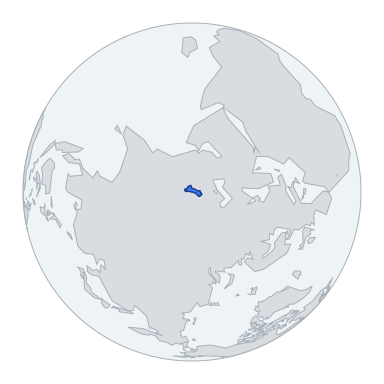 Chardzhou highlighted on a globe, orthographic projection, rotated 160°
{"feature_id": "TKM-359", "entity_name": "Chardzhou", "entity_type": "Province", "adm_level": 1, "iso_a3": "TKM", "parent_name": "Turkmenistan", "parent_adm1": "", "projection": "orthographic", "projection_center": [63.989, 39.075], "detail": "fine", "context": "on_globe", "style": "filled", "palette": "blue", "viewbox_px": 384, "rotation_deg": 160, "n_neighbors": 0, "source": "natural_earth", "source_scale": "10m", "svg_char_len": 12310}
<svg xmlns="http://www.w3.org/2000/svg" viewBox="0 0 384 384"><g transform="rotate(160 192 192)"><circle cx="192" cy="192" r="169" fill="#eef3f6" stroke="#a8b0b8"/><path d="M210.6,24.1L213.1,24.4L219.7,27.1L234.5,33.0L242.6,35.0L238.1,34.8L255.7,39.3L266.0,44.5L252.3,38.7L249.3,38.2L255.1,41.5L253.3,41.8L255.1,43.7L252.4,43.9L244.6,40.9L242.7,41.1L247.0,43.5L246.9,45.5L240.9,41.9L240.3,45.2L227.1,41.9L213.3,33.7L203.9,33.6L183.9,30.3L183.6,31.4L175.8,31.5L172.6,33.0L169.8,32.3L169.6,34.2L172.8,34.5L173.7,35.5L172.1,36.5L168.3,35.7L168.5,35.1L166.6,35.5L165.4,34.7L165.0,35.7L160.6,34.9L162.5,37.3L156.9,38.0L154.7,37.1L158.1,35.1L161.5,29.3L160.3,28.5L155.1,28.9L138.4,33.7L135.7,34.0L129.6,35.9L129.6,36.4L134.3,35.3L132.8,37.2L138.7,36.0L139.0,36.8L143.8,36.8L139.5,39.2L132.8,41.7L128.6,42.0L125.5,43.2L126.6,45.2L116.0,48.3L104.3,55.3L101.9,56.1L102.4,53.1L109.7,47.0L110.4,44.7L106.3,48.8L100.5,51.5L98.0,53.2L96.3,54.8L97.1,54.9L94.3,56.6L97.3,52.7L99.8,51.1L98.9,52.2L102.2,49.6L104.2,47.7L101.1,49.6L102.5,48.7L113.3,42.5L124.7,37.0L136.4,32.5L148.4,28.8L160.6,26.0L173.0,24.1L185.5,23.2L198.1,23.1L210.6,24.1ZM213.9,24.5L214.8,24.6L211.7,24.2L213.9,24.5ZM221.5,26.1L218.9,25.6L219.1,25.4L220.6,25.7L221.5,26.1ZM248.8,36.7L245.4,35.2L249.3,36.6L248.8,36.7ZM255.8,43.9L257.4,44.3L257.6,45.2L255.8,43.9ZM145.8,35.6L144.8,36.2L144.4,35.8L145.8,35.6ZM148.8,35.1L149.1,34.3L150.6,33.9L150.4,34.4L148.8,35.1ZM253.7,46.4L253.7,47.8L252.4,45.8L253.7,46.4ZM148.1,36.2L153.2,33.5L155.7,33.0L157.2,34.6L148.1,36.2ZM252.8,48.3L252.8,52.3L256.2,53.4L246.5,52.8L249.7,49.4L247.6,46.6L250.6,48.3L252.8,48.3ZM174.5,34.2L171.0,33.9L175.4,33.2L174.5,34.2ZM177.0,33.6L189.1,31.0L193.3,32.3L188.4,32.7L195.2,33.9L191.3,35.8L186.7,35.6L184.8,34.3L184.8,36.0L177.0,33.6ZM241.1,52.1L240.0,52.7L239.7,51.5L241.1,52.1ZM174.4,35.9L176.5,35.1L180.3,36.1L176.9,37.8L176.8,36.9L174.4,35.9ZM198.8,33.5L201.1,34.7L198.5,36.5L199.1,37.2L191.6,36.0L198.8,33.5ZM175.1,37.2L175.1,38.7L171.8,39.3L172.7,36.7L175.1,37.2ZM182.8,35.7L184.4,36.3L182.4,36.5L182.8,35.7ZM160.1,42.5L162.5,41.3L164.7,41.7L160.1,42.5ZM175.3,39.3L176.4,39.1L177.6,39.2L176.9,40.3L175.3,39.3ZM190.3,37.4L188.8,38.0L193.3,38.0L191.6,39.6L186.9,38.5L188.2,39.6L187.7,40.1L184.4,38.8L190.3,37.4ZM179.6,41.8L173.1,41.3L168.2,43.3L166.1,43.0L174.3,39.9L179.6,41.8ZM182.7,40.1L180.3,41.0L178.9,40.0L179.7,38.7L182.7,40.1ZM192.1,41.1L195.9,39.0L196.8,39.3L192.1,41.1ZM178.5,42.5L180.1,42.6L178.3,42.8L178.5,42.5ZM188.2,41.7L189.5,40.8L190.4,41.2L188.2,41.7ZM182.3,43.7L180.1,43.5L180.6,42.5L182.3,43.7ZM185.2,42.9L186.3,43.7L182.0,42.3L185.6,42.5L185.2,42.9ZM189.0,42.2L189.9,42.1L188.3,42.5L189.0,42.2ZM181.7,47.5L176.3,46.1L177.3,43.9L182.5,45.6L181.7,47.5ZM29.4,202.5L30.3,173.7L33.8,168.6L37.2,158.6L63.2,145.0L65.7,151.6L82.7,161.6L84.3,164.6L78.9,171.5L89.0,191.0L96.2,186.9L108.7,199.5L119.1,203.4L128.7,189.3L111.7,182.5L112.0,173.6L128.3,172.4L143.7,178.7L144.4,175.5L137.4,165.5L143.8,161.2L135.3,161.6L136.7,165.6L131.4,166.2L129.9,162.5L132.2,161.0L128.3,157.9L118.3,166.4L118.6,171.5L106.8,168.2L106.1,176.5L101.9,178.3L101.5,165.1L103.7,161.5L100.6,145.0L97.2,148.5L99.9,164.4L97.8,162.1L93.2,167.6L95.0,161.5L92.9,143.8L84.2,140.3L68.1,148.2L64.0,145.4L62.8,138.4L73.6,124.8L81.6,132.8L85.5,128.7L88.2,119.2L90.3,122.6L92.4,119.9L95.8,122.7L104.8,119.8L108.9,122.0L116.4,114.7L119.6,115.0L114.2,119.1L112.7,123.5L123.3,129.6L126.6,129.0L130.6,123.8L133.1,126.5L135.6,120.7L143.7,122.0L136.0,115.9L140.6,110.4L147.6,108.0L147.8,105.3L136.2,109.2L132.9,111.8L132.2,115.7L121.9,122.8L117.3,122.1L122.9,111.1L117.1,109.2L123.9,102.0L150.9,95.0L160.1,95.7L166.8,108.5L162.3,111.2L157.7,107.9L158.2,116.1L160.0,112.9L162.0,115.3L166.9,111.2L168.5,112.7L170.3,106.3L172.9,107.8L171.7,111.8L181.1,107.5L187.6,109.5L188.9,107.8L188.5,105.5L197.0,109.9L197.6,108.5L195.0,106.5L194.6,102.5L197.1,97.4L199.9,99.2L199.4,101.3L202.5,108.7L200.6,114.3L202.0,114.6L204.3,110.1L200.5,101.1L201.2,97.6L203.7,101.5L202.9,99.8L204.1,98.6L207.9,99.2L205.5,94.9L215.3,81.1L223.7,81.5L224.8,86.2L234.6,79.9L243.3,81.7L240.9,79.7L244.0,75.9L241.3,75.2L240.4,74.0L247.2,65.0L250.9,64.7L251.1,59.4L249.9,58.5L247.2,58.4L246.5,52.8L256.2,53.4L258.5,55.4L263.0,54.8L267.5,59.5L273.4,63.5L275.6,69.7L280.1,72.6L281.3,72.1L288.3,76.1L298.2,86.8L284.5,80.3L268.6,66.7L274.6,72.2L271.6,71.8L272.7,74.4L277.1,78.5L278.6,78.4L277.1,90.7L284.3,104.8L287.9,100.8L293.0,102.5L304.3,117.2L308.3,144.6L315.1,148.9L317.4,153.3L315.7,158.5L312.3,152.1L308.0,152.0L306.3,147.9L302.4,154.7L299.8,149.1L298.0,157.5L301.8,160.8L306.2,156.6L305.7,166.8L313.8,171.2L317.8,180.1L314.6,201.8L306.7,212.0L306.8,215.2L302.1,214.0L298.2,222.3L308.9,234.4L309.4,239.0L302.0,251.7L301.4,248.5L288.9,245.3L288.2,256.8L297.8,261.8L301.1,270.3L294.5,270.2L290.9,262.7L286.5,261.3L286.5,251.7L280.4,239.1L273.7,244.2L273.1,238.3L263.8,228.4L253.4,235.2L237.7,254.4L237.4,269.2L231.2,276.4L218.9,256.8L215.6,242.3L209.8,244.1L198.3,231.8L174.5,230.3L172.4,226.1L167.6,227.6L159.8,222.6L157.0,215.5L151.6,215.1L159.4,233.7L165.3,234.1L171.9,228.2L172.8,234.5L180.6,240.5L167.6,253.7L134.2,260.6L133.1,249.1L118.9,212.2L120.5,208.9L120.6,208.4L120.5,207.6L117.0,212.8L115.3,205.4L120.6,230.8L120.5,240.5L133.7,261.2L132.0,262.5L136.9,267.0L155.2,266.2L154.8,269.8L144.9,284.3L121.4,299.1L125.8,312.4L126.2,321.9L114.4,323.9L118.3,331.0L112.7,330.8L114.2,334.1L111.3,335.5L105.3,334.7L92.1,327.3L89.0,324.1L78.9,314.2L63.9,292.0L64.8,285.8L62.6,278.2L53.3,255.3L55.2,247.2L53.3,241.2L49.0,238.4L47.0,231.1L44.7,228.5L31.8,214.9L29.4,202.5ZM50.7,156.5L49.2,159.2L50.7,156.5ZM157.8,193.6L168.5,196.2L167.5,185.2L171.5,185.4L169.7,181.8L167.3,184.4L163.5,174.5L169.4,172.4L170.1,167.8L166.5,166.8L156.2,172.3L161.7,186.2L157.6,189.9L157.8,193.6ZM100.3,51.7L100.0,52.0L97.8,53.8L98.0,53.3L100.3,51.7ZM93.0,60.9L88.7,63.4L91.9,61.0L91.4,60.5L97.4,55.4L101.0,56.2L98.3,56.6L93.0,60.9ZM106.5,49.2L102.3,52.1L106.8,49.0L106.5,49.2ZM100.4,103.6L100.1,106.6L96.8,108.9L91.6,107.1L96.4,103.7L100.4,103.6ZM100.6,110.4L107.6,100.6L111.1,101.7L107.9,102.7L109.5,104.4L104.9,106.5L101.4,117.6L98.2,120.4L90.4,114.9L94.7,115.0L94.7,111.9L100.6,110.4ZM119.2,77.1L122.3,73.8L125.9,80.2L122.6,82.6L117.2,80.7L117.9,76.8L119.2,77.1ZM149.7,39.9L150.6,39.0L151.7,39.1L151.7,40.0L149.7,39.9ZM161.0,41.9L146.7,44.6L147.0,43.5L138.2,46.9L135.7,45.5L141.5,43.2L132.9,44.9L137.1,42.4L131.2,43.9L144.4,39.1L147.9,37.2L145.0,39.8L147.2,41.1L149.2,41.1L157.5,39.8L166.0,36.7L169.6,37.8L169.8,39.5L168.3,40.4L166.5,39.3L165.8,41.3L162.0,40.4L161.0,41.9ZM170.7,63.1L169.2,60.6L167.2,66.2L163.3,64.6L163.3,65.4L159.2,65.6L154.3,67.3L153.0,66.2L151.6,67.4L148.9,67.8L146.6,69.1L143.5,67.7L140.4,69.2L140.7,67.7L136.2,70.8L138.2,67.9L134.8,68.3L134.7,71.0L123.8,62.1L117.8,61.3L111.6,62.4L115.8,57.8L124.3,54.0L134.1,51.7L139.4,53.4L140.4,51.2L143.2,51.5L141.2,53.1L145.9,50.8L147.7,51.5L156.4,50.7L162.0,47.4L165.3,47.1L164.0,48.8L168.3,47.5L168.1,50.6L170.5,50.5L172.6,53.8L168.8,57.3L171.7,57.1L173.5,59.8L170.7,63.1ZM182.1,48.5L178.4,52.6L174.4,53.9L172.3,47.8L170.1,47.4L168.6,43.9L174.4,42.2L174.3,43.3L175.5,44.0L173.2,44.2L176.0,44.6L176.0,46.2L178.1,47.0L176.3,48.0L182.1,48.5ZM88.1,163.3L89.7,164.8L92.6,166.3L89.8,170.0L88.1,163.3ZM86.4,151.2L88.2,151.8L85.6,157.3L84.0,155.8L86.4,151.2ZM91.3,147.6L88.5,151.4L89.0,148.5L91.3,147.6ZM116.0,119.5L118.2,120.0L117.5,121.4L115.4,122.7L116.0,119.5ZM163.9,80.9L163.6,78.9L164.8,78.6L167.6,74.3L170.7,75.4L170.2,78.3L163.9,80.9ZM124.6,190.9L120.3,192.7L119.3,190.7L121.0,190.4L124.6,190.9ZM103.3,181.4L107.1,185.7L102.5,182.4L103.3,181.4ZM167.7,81.3L168.5,79.4L169.5,81.1L167.7,81.3ZM173.0,75.9L174.6,77.6L171.3,75.0L173.0,75.9ZM201.6,360.6L204.0,360.5L201.0,360.7L201.6,360.6ZM153.9,326.4L147.5,339.7L139.7,338.1L136.6,333.6L137.7,325.0L146.2,324.0L149.8,320.1L153.9,326.4ZM328.4,274.1L331.2,272.2L331.0,272.8L328.4,274.1ZM325.6,274.5L329.0,272.0L324.8,276.3L325.6,274.5ZM330.3,271.0L333.8,267.1L335.3,264.9L334.8,266.3L330.3,271.0ZM323.2,276.4L308.9,285.3L302.9,287.0L304.6,284.1L314.3,279.3L323.2,276.4ZM304.1,284.3L294.5,282.9L279.4,270.1L284.9,268.4L300.3,273.5L299.3,275.9L305.2,277.9L304.1,284.3ZM326.1,260.1L325.1,266.4L317.5,271.0L313.9,272.3L311.4,266.4L312.8,261.8L315.9,260.1L326.2,239.6L330.1,240.2L327.3,248.1L330.4,251.0L326.1,260.1ZM238.3,270.4L242.9,278.0L239.3,280.0L238.3,270.4ZM329.2,227.0L325.8,236.1L328.5,225.2L329.2,227.0ZM330.1,217.7L330.9,220.5L328.8,218.9L330.1,217.7ZM307.8,219.6L304.6,222.2L304.0,220.0L307.7,215.4L307.8,219.6ZM320.8,187.7L322.9,194.4L323.0,197.1L320.6,194.0L320.8,187.7ZM194.9,89.9L187.6,94.4L184.4,98.9L185.7,103.1L180.7,99.3L185.7,92.4L194.9,89.9ZM212.5,81.9L211.3,78.6L213.9,79.0L214.5,79.8L212.5,81.9ZM210.3,80.6L205.0,78.6L205.6,76.1L209.7,78.2L210.3,80.6ZM186.1,79.4L183.7,80.5L182.9,79.0L186.1,79.4ZM306.9,315.9L303.9,318.6L300.7,321.1L304.4,317.6L307.1,312.0L308.4,311.2L311.2,305.7L325.2,291.0L336.2,273.2L340.7,268.3L346.1,255.8L349.7,250.3L346.8,258.6L348.2,256.5L343.1,267.6L337.3,278.2L330.7,288.4L323.5,298.1L315.5,307.3L306.9,315.9ZM350.6,250.3L354.7,237.1L354.0,239.9L350.6,250.3ZM335.2,268.6L339.5,260.8L341.4,258.4L335.2,268.6ZM357.4,226.3L355.5,234.0L352.4,240.9L353.6,236.6L353.6,233.7L349.3,239.5L348.5,238.3L350.4,234.0L347.0,236.6L350.8,230.2L351.9,233.5L353.9,226.2L356.5,221.9L358.3,218.2L359.0,217.6L358.5,220.3L358.5,220.7L357.4,226.3ZM350.0,242.0L350.6,241.1L349.8,243.5L350.0,242.0ZM359.4,214.7L359.3,215.6L359.9,210.8L359.4,214.7ZM360.5,204.6L360.5,204.4L360.6,203.5L360.5,204.6ZM342.3,247.4L342.1,249.1L341.0,249.2L342.3,247.4ZM343.9,244.9L347.0,242.6L343.5,246.5L343.9,244.9ZM332.4,250.7L333.6,253.3L337.3,247.7L334.5,253.5L336.6,257.1L335.6,260.0L333.5,256.0L332.1,263.2L330.4,264.5L329.9,259.8L331.8,251.5L333.5,247.2L340.1,240.0L332.4,250.7ZM344.0,240.6L343.1,237.3L343.7,233.8L344.7,234.9L344.0,240.6ZM339.7,230.0L336.4,227.5L334.1,231.7L338.2,220.0L340.8,224.3L339.7,230.0ZM336.0,221.0L333.8,224.9L335.6,218.5L336.0,221.0ZM332.9,223.7L332.0,220.4L334.1,219.2L332.9,223.7ZM337.2,220.0L336.6,213.6L338.1,216.3L337.2,220.0ZM329.6,213.0L335.0,215.4L329.0,217.4L326.0,205.8L328.3,203.6L329.6,213.0ZM324.8,153.2L322.6,150.3L323.9,147.6L325.0,150.3L324.8,153.2ZM326.2,137.2L323.6,145.9L321.1,153.4L323.2,153.7L325.0,160.5L320.4,157.0L320.2,147.6L322.5,143.0L320.3,137.6L320.5,131.9L316.5,126.4L315.7,122.8L320.1,126.4L326.2,137.2ZM314.6,124.3L307.7,113.9L311.4,111.7L313.7,113.5L315.3,119.1L313.3,119.9L314.6,124.3ZM307.1,110.9L305.1,111.6L290.6,100.4L288.5,97.6L301.4,104.4L300.2,105.6L303.1,108.9L307.1,110.9ZM241.7,53.5L240.1,52.8L241.9,52.8L241.7,53.5ZM238.9,73.8L238.0,72.1L240.0,72.0L238.9,73.8ZM236.5,67.7L234.8,68.9L235.4,66.8L236.5,67.7ZM231.3,72.1L233.6,69.1L233.1,73.1L231.3,72.1Z" fill="#d9dde1" stroke="#a8b0b8" stroke-width="1"/><path d="M197.1,196.9L196.9,196.8L196.4,196.6L196.2,196.4L196.1,196.5L195.9,196.5L195.8,196.8L195.8,197.0L195.7,197.2L195.6,197.3L194.5,197.4L194.3,197.5L193.9,197.7L193.9,197.8L193.8,198.0L193.9,198.3L193.7,198.6L193.2,198.6L192.7,198.6L192.1,198.6L191.5,198.6L190.9,198.6L190.8,197.1L191.0,197.0L191.1,196.8L191.4,196.4L191.0,195.9L190.2,195.0L190.1,194.9L189.5,194.7L189.3,194.6L189.1,194.4L188.4,193.6L186.5,191.6L186.1,191.1L185.8,190.7L185.7,190.6L185.3,190.6L184.2,190.6L184.1,190.1L184.1,189.1L184.1,188.2L183.7,188.1L183.7,186.2L185.3,186.2L185.4,185.6L185.6,185.6L185.8,185.7L185.9,185.8L186.0,185.8L186.1,185.7L186.3,185.4L186.6,185.4L186.8,185.5L187.3,185.9L187.4,186.0L187.5,186.2L187.5,186.3L187.5,186.5L187.6,186.9L187.6,187.1L187.8,187.2L187.8,187.3L187.8,187.5L188.0,187.7L188.0,187.8L188.3,187.9L188.3,188.0L188.4,188.3L188.4,188.5L188.5,188.7L188.5,188.8L188.5,189.0L188.7,189.4L188.8,189.6L189.1,189.8L189.4,190.0L189.8,190.3L190.5,190.8L190.8,191.0L191.0,191.2L191.2,191.5L191.4,191.7L191.6,191.8L191.9,192.1L192.3,192.3L192.5,192.4L192.8,192.3L193.0,192.6L193.5,193.0L193.8,193.1L194.1,193.3L194.3,193.4L194.6,193.6L194.8,193.8L195.1,194.0L195.4,194.2L195.7,194.4L195.9,194.5L196.1,194.5L196.1,194.4L196.3,194.3L196.6,194.4L196.8,194.4L196.8,194.5L197.0,194.6L197.3,194.7L197.4,194.9L197.6,195.0L197.9,195.0L198.0,195.0L198.1,195.4L198.0,195.6L197.9,195.7L197.9,195.8L197.9,196.1L197.9,196.4L197.9,196.5L198.0,196.7L197.9,196.8L197.9,197.0L197.7,197.1L197.4,197.1L197.2,196.9L197.1,196.9Z" fill="#3b82f6" stroke="#1e3a8a" stroke-width="1.5"/></g></svg>